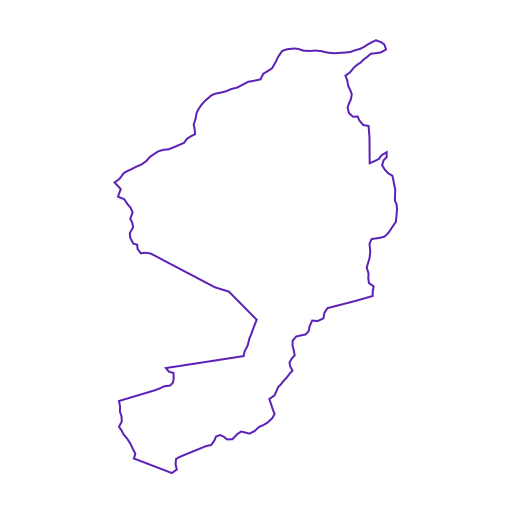 Itapajé, Ceará, Brazil, rotated 79°
{"feature_id": "56859067B91483000258384", "entity_name": "Itapajé", "entity_type": "district", "adm_level": 2, "iso_a3": "BRA", "parent_name": "Brazil", "parent_adm1": "Ceará", "projection": "albers", "projection_center": [-39.573, -3.737], "detail": "fine", "context": "isolated", "style": "outline", "palette": "violet", "viewbox_px": 512, "rotation_deg": 79, "n_neighbors": 0, "source": "geoboundaries", "source_scale": "gbopen_adm2", "svg_char_len": 2894}
<svg xmlns="http://www.w3.org/2000/svg" viewBox="0 0 512 512"><g transform="rotate(79 256 256)"><path d="M453.0,380.0L450.5,374.5L445.1,374.7L440.1,373.3L438.7,369.5L437.4,363.1L435.3,352.5L434.1,346.4L433.1,341.6L433.0,336.1L429.2,332.1L425.6,329.7L424.9,325.3L427.5,321.9L430.5,319.5L431.4,314.1L427.2,308.3L425.5,304.0L427.1,300.5L429.1,296.3L427.6,290.8L424.4,285.8L423.4,281.2L421.7,276.4L418.3,271.0L414.7,267.9L409.7,268.8L404.8,269.4L398.9,270.2L396.4,264.5L392.1,261.4L388.8,259.2L386.7,255.9L383.9,252.9L381.1,248.9L378.0,245.5L375.6,242.1L371.1,243.4L367.1,243.5L363.3,240.4L361.0,237.0L355.5,236.9L351.1,237.3L346.1,236.2L342.7,231.9L342.5,226.5L342.5,222.3L339.9,218.7L334.9,216.6L330.1,213.2L331.6,207.8L330.1,201.7L324.8,199.7L320.8,195.7L319.9,180.5L319.5,173.5L318.9,164.7L317.5,149.1L312.4,148.0L308.3,146.3L304.2,150.3L299.9,150.1L294.5,148.9L288.3,149.5L279.9,145.0L273.1,142.9L265.8,142.3L261.4,139.3L261.6,135.3L261.8,130.3L261.4,126.0L258.4,121.4L252.9,116.0L249.0,112.1L243.9,110.6L237.3,108.7L232.1,108.1L228.3,109.1L223.5,108.1L217.8,106.7L209.4,106.7L203.2,106.8L200.1,110.4L195.9,113.0L191.0,114.9L186.4,112.5L183.9,108.9L179.0,107.9L181.1,113.6L184.2,116.9L185.5,121.6L186.6,126.7L161.3,122.0L149.9,120.7L147.8,125.8L142.8,128.6L138.4,129.6L137.9,134.1L133.7,137.4L127.8,137.8L124.2,135.7L120.0,132.8L115.4,131.1L111.3,131.8L106.7,133.0L100.4,133.0L96.0,133.8L93.9,129.0L89.9,124.1L87.6,120.3L86.1,116.4L83.6,112.8L81.9,109.1L79.3,104.5L79.8,100.1L80.0,94.6L78.1,88.9L72.8,89.7L70.1,92.3L67.1,97.1L68.4,102.0L69.6,105.8L71.4,110.2L72.6,114.5L72.8,118.4L73.7,124.4L73.3,130.0L72.4,136.2L71.9,140.6L70.1,146.7L67.4,152.7L65.7,158.3L65.1,163.6L63.6,170.0L60.9,174.8L59.6,178.8L59.0,186.0L59.7,191.1L64.6,196.2L69.9,200.1L74.9,204.6L76.8,209.4L78.5,214.1L83.5,217.9L83.6,225.5L83.5,230.5L85.0,235.4L87.1,242.4L87.4,248.6L88.6,254.0L88.9,259.8L88.9,264.9L89.7,269.0L91.8,272.6L94.3,277.0L97.3,280.8L100.9,284.4L104.0,286.9L109.3,288.9L115.1,292.1L119.8,292.0L124.8,292.6L126.1,297.2L127.8,301.4L131.2,305.1L132.3,310.1L133.4,315.3L134.6,321.3L134.1,326.8L134.6,331.9L136.5,336.7L138.5,341.2L141.9,345.6L144.3,351.0L145.5,356.5L147.2,362.3L148.1,366.1L149.3,369.9L154.0,375.0L156.9,380.8L164.5,376.0L171.4,380.2L175.2,374.5L180.7,372.2L184.7,369.9L189.7,368.8L195.4,372.3L199.8,371.1L204.3,371.1L209.5,375.5L214.0,376.0L220.4,374.1L222.2,370.5L226.6,370.9L231.3,368.6L231.7,364.2L233.2,359.5L235.5,356.3L245.8,343.6L278.9,302.3L285.8,289.4L318.7,267.5L322.3,269.8L327.7,273.2L331.7,275.5L335.7,278.2L342.2,281.2L347.5,285.4L351.9,287.3L348.8,365.8L353.0,363.5L355.1,359.3L360.6,360.2L364.6,361.8L366.8,365.0L366.4,371.1L367.7,376.0L368.6,381.6L372.2,418.2L378.2,418.2L382.9,419.3L387.5,418.6L392.8,419.3L397.5,423.1L401.2,421.4L406.2,419.9L410.9,417.2L416.6,415.0L421.8,413.7L427.1,412.2L431.5,414.5L453.0,380.0Z" fill="none" stroke="#5b21b6" stroke-width="2"/></g></svg>